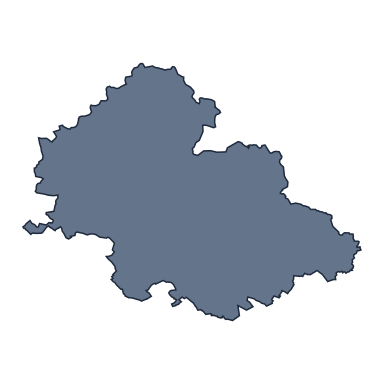 outline of Granard Lea-5, Longford, Ireland
{"feature_id": "5873133B33667997151224", "entity_name": "Granard Lea-5", "entity_type": "district", "adm_level": 2, "iso_a3": "IRL", "parent_name": "Ireland", "parent_adm1": "Longford", "projection": "equal_earth", "projection_center": [-7.593, 53.814], "detail": "fine", "context": "isolated", "style": "filled", "palette": "slate", "viewbox_px": 384, "rotation_deg": 0, "n_neighbors": 0, "source": "geoboundaries", "source_scale": "gbopen_adm2", "svg_char_len": 5925}
<svg xmlns="http://www.w3.org/2000/svg" viewBox="0 0 384 384"><path d="M332.8,226.4L330.7,219.7L332.1,218.1L331.6,217.3L331.9,216.1L331.5,215.4L329.1,214.4L327.2,214.4L326.9,213.6L325.8,212.7L324.2,213.1L322.5,212.0L319.8,211.6L318.3,210.7L316.7,210.6L315.5,209.4L310.6,209.4L308.7,207.2L305.3,206.0L303.2,205.8L301.1,204.3L295.8,203.1L290.9,204.1L287.8,198.9L285.5,198.0L285.3,196.9L285.8,196.3L284.8,195.1L284.8,194.7L283.4,193.7L282.3,193.9L280.3,193.3L280.7,192.1L282.7,190.0L282.3,189.5L287.5,186.7L287.9,182.0L285.6,178.4L284.4,176.0L283.4,166.9L281.1,164.9L279.5,162.4L279.9,159.7L280.7,159.3L281.8,157.4L281.7,156.0L280.8,155.5L280.7,154.5L279.2,151.8L275.8,151.4L273.4,151.9L272.2,152.9L270.5,153.1L269.5,152.2L265.0,145.0L261.9,145.6L261.4,147.3L260.0,148.2L258.4,147.5L256.4,145.1L253.3,144.8L252.2,145.3L250.2,145.0L248.8,145.3L248.2,145.7L249.2,146.6L248.5,148.2L246.9,146.6L244.8,145.9L242.6,144.2L242.1,143.2L239.4,141.9L238.1,141.7L227.5,147.7L225.9,151.9L216.8,152.2L210.6,150.7L203.7,150.9L197.8,155.4L193.6,154.3L192.9,153.1L193.0,151.4L192.3,148.5L194.1,147.1L195.9,142.6L199.3,140.4L203.0,131.5L202.7,125.3L206.2,125.2L213.6,127.7L215.6,126.8L214.6,122.4L214.9,117.4L216.2,114.7L218.6,113.9L220.5,112.5L219.5,110.5L215.2,107.3L215.6,107.1L215.1,105.9L214.6,101.5L211.5,99.7L206.4,98.8L204.5,99.0L202.6,98.1L200.4,97.9L199.8,98.3L199.3,99.4L200.0,101.4L199.1,103.7L196.2,102.3L194.7,99.9L192.7,98.0L192.0,96.7L192.5,95.1L194.0,93.0L193.7,90.9L190.4,87.1L185.6,84.4L183.6,80.4L183.7,77.1L182.3,76.8L177.8,74.2L175.3,68.1L174.2,66.9L172.6,66.7L171.4,67.9L170.9,69.2L167.4,69.4L164.5,70.1L163.1,69.2L159.7,68.5L158.8,68.0L155.1,67.5L152.7,66.0L145.0,67.5L142.9,63.9L142.1,63.5L140.7,63.6L139.5,64.4L137.7,67.1L134.1,68.1L132.1,71.1L131.7,72.5L132.2,74.9L131.7,76.1L125.7,77.2L125.1,80.4L125.8,83.2L126.4,84.0L120.8,86.7L118.9,88.1L117.5,88.4L116.1,88.5L113.8,87.4L111.2,87.5L109.7,86.3L107.2,87.1L106.1,89.2L106.7,91.6L106.5,94.5L107.8,97.9L107.5,98.8L107.7,99.6L105.6,100.9L101.1,100.7L99.1,104.3L97.9,105.0L95.7,105.7L92.4,105.6L91.1,105.1L90.4,106.3L90.3,108.1L91.6,112.0L90.0,114.1L89.3,114.6L85.2,116.1L81.0,116.3L79.1,117.2L79.0,118.3L78.4,118.9L78.6,119.7L77.6,124.0L76.8,125.5L75.7,126.6L74.3,127.4L71.1,127.6L69.9,129.2L67.4,128.6L63.7,126.7L62.4,125.2L59.2,126.2L60.1,129.3L59.6,129.9L53.6,131.8L56.5,136.3L55.9,138.0L52.7,140.9L52.2,141.9L50.4,141.3L49.5,140.3L46.5,138.3L41.5,138.5L38.6,137.8L39.6,143.3L41.1,148.1L41.4,151.0L43.1,156.2L42.5,159.4L38.9,161.9L38.7,163.9L36.6,165.4L36.6,166.8L35.4,167.9L34.3,168.1L34.4,171.9L35.2,173.3L35.8,176.5L41.4,177.6L43.2,178.9L41.5,180.7L40.4,182.3L40.5,182.9L37.8,183.6L36.6,185.1L36.2,187.9L36.4,189.4L35.3,191.2L36.6,192.8L44.0,194.0L48.3,195.2L53.3,195.7L57.8,195.2L57.6,195.9L58.1,197.7L56.0,200.3L55.7,202.5L56.0,203.8L55.1,205.4L53.9,211.3L46.2,212.6L46.1,214.2L46.8,214.9L47.8,214.9L49.7,217.7L51.1,219.0L52.9,219.7L53.3,220.8L52.3,222.9L50.9,222.7L50.4,223.0L49.1,222.5L46.2,225.0L39.6,223.5L38.4,226.5L38.1,227.0L37.1,227.2L36.0,226.4L35.7,225.6L34.5,224.6L31.7,223.2L30.0,220.5L26.0,223.9L24.9,225.6L23.0,226.8L23.4,227.8L24.0,228.4L25.2,228.5L25.9,229.8L27.0,230.5L30.8,234.4L32.3,233.1L36.9,233.4L41.7,233.1L42.7,232.4L46.7,227.0L48.7,226.0L49.9,227.4L51.7,228.2L54.5,230.4L55.2,230.6L55.4,229.8L58.2,228.1L58.6,228.2L60.4,226.7L61.7,228.4L62.2,231.1L63.9,233.4L66.0,237.7L68.6,239.0L71.4,237.3L70.6,236.3L75.0,235.5L75.3,233.1L76.8,232.0L83.3,233.4L87.1,234.9L90.6,233.9L93.5,234.0L95.8,234.6L99.7,237.1L106.3,238.1L107.8,237.2L110.0,238.4L114.4,243.1L112.4,249.9L114.3,252.0L111.7,255.3L108.8,256.3L106.3,256.5L107.8,258.5L111.7,262.1L114.8,266.2L115.4,269.2L116.4,270.9L112.9,274.5L113.5,275.4L111.8,276.5L112.9,278.5L111.2,279.4L113.4,281.8L114.7,282.4L116.6,285.0L120.8,289.2L122.3,289.1L123.5,293.8L124.0,293.9L125.4,295.8L125.3,296.1L128.7,297.7L132.0,297.9L139.9,300.2L141.5,301.1L146.3,299.1L146.5,299.3L151.3,296.3L149.0,292.9L147.1,291.7L146.1,290.5L148.0,290.0L151.1,285.5L152.7,284.2L155.1,283.3L155.7,284.1L163.1,280.5L166.4,282.2L167.6,282.0L171.3,282.5L173.6,284.7L175.5,288.4L175.8,290.0L171.4,290.4L169.9,291.2L169.9,290.9L168.8,292.9L169.5,294.4L171.6,296.8L174.2,298.1L174.0,298.8L175.8,299.3L176.6,300.0L174.4,302.8L171.6,304.0L172.7,306.4L175.8,305.6L175.8,305.1L178.6,304.3L179.0,303.4L181.3,301.8L179.0,299.7L182.0,297.1L184.3,298.6L186.3,297.3L193.5,303.2L195.5,306.4L196.0,306.7L197.9,310.2L200.9,309.6L201.5,310.5L201.9,310.4L203.5,311.6L205.8,314.4L210.6,313.6L211.6,314.4L211.1,314.7L211.5,315.6L213.9,315.3L214.1,315.6L217.3,316.3L217.5,317.1L220.8,318.0L222.3,317.6L222.2,316.4L223.3,316.3L224.5,318.0L224.4,318.3L225.8,319.4L227.9,319.2L232.6,320.5L239.4,315.7L237.9,305.5L246.5,310.1L253.0,306.7L249.5,302.1L247.0,300.6L247.9,297.0L254.4,298.9L256.1,300.4L260.0,301.8L261.6,303.2L264.7,304.0L266.5,306.1L272.2,303.4L271.9,302.8L273.1,300.8L272.2,300.4L271.8,299.3L274.1,296.0L279.1,297.8L280.3,296.1L279.1,295.7L281.2,292.7L282.0,291.4L281.9,290.7L284.5,291.6L287.6,293.6L288.7,291.8L291.1,289.4L293.7,285.1L293.4,285.1L293.6,282.7L292.5,281.3L293.5,279.7L293.8,275.7L299.3,276.3L301.8,276.1L302.7,276.5L304.7,273.3L307.2,274.5L310.4,274.6L317.1,270.5L322.5,274.6L327.7,281.5L333.3,279.6L335.7,279.6L335.2,276.4L336.7,275.0L336.1,273.1L338.0,271.5L339.9,272.1L341.8,271.3L342.7,272.8L343.8,271.8L344.6,271.8L345.9,273.2L347.5,272.1L349.0,271.8L349.6,271.4L349.9,270.5L352.3,270.3L351.6,269.1L352.9,268.3L353.5,266.4L353.1,265.2L351.9,264.2L351.8,263.7L352.6,262.0L352.2,260.0L354.4,257.9L353.7,256.6L353.9,254.6L355.9,253.6L356.6,252.7L357.2,250.8L359.7,250.5L361.0,249.9L360.1,248.3L360.2,247.0L359.1,246.9L357.3,247.4L356.6,246.9L358.2,244.5L359.1,241.9L358.1,241.2L354.3,241.2L354.2,240.1L353.0,238.4L353.4,236.9L353.0,234.1L349.9,234.1L349.4,233.1L348.7,232.9L344.4,232.8L342.8,234.1L342.2,235.1L340.4,235.0L338.7,233.8L338.8,232.2L332.8,226.4Z" fill="#64748b" stroke="#1e293b" stroke-width="1.5"/></svg>